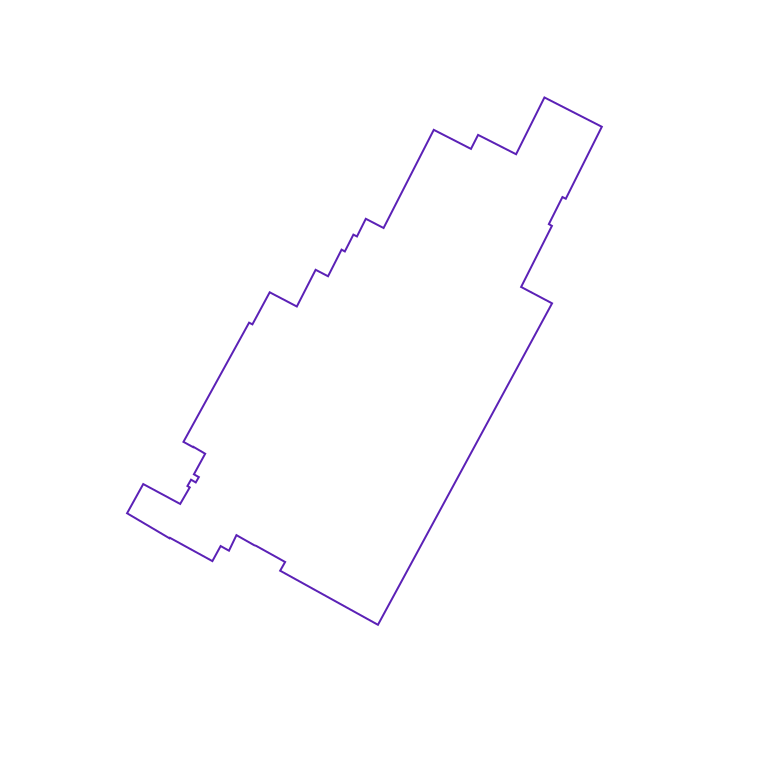 Hipólito Yrigoyen, Buenos Aires, Argentina, rotated 343°
{"feature_id": "61730980B95014527534109", "entity_name": "Hipólito Yrigoyen", "entity_type": "district", "adm_level": 2, "iso_a3": "ARG", "parent_name": "Argentina", "parent_adm1": "Buenos Aires", "projection": "mercator", "projection_center": [-61.733, -36.272], "detail": "fine", "context": "isolated", "style": "outline", "palette": "violet", "viewbox_px": 768, "rotation_deg": 343, "n_neighbors": 0, "source": "geoboundaries", "source_scale": "gbopen_adm2", "svg_char_len": 766}
<svg xmlns="http://www.w3.org/2000/svg" viewBox="0 0 768 768"><g transform="rotate(343 384 384)"><path d="M546.8,173.3L535.9,184.6L505.9,155.5L429.2,234.7L414.9,220.7L401.3,235.0L398.4,232.2L385.3,245.8L382.7,243.1L362.0,264.6L352.0,254.8L323.3,284.4L301.5,262.9L275.6,288.5L272.9,285.9L175.3,380.7L183.0,388.6L183.3,388.3L192.6,398.4L175.8,414.8L179.7,418.9L175.2,423.1L171.5,419.1L166.2,424.1L168.0,426.1L154.0,439.1L124.5,409.3L100.5,432.5L133.8,468.9L134.3,468.5L168.1,503.2L180.4,491.2L187.0,498.1L198.7,485.4L212.7,500.2L214.4,501.4L237.4,525.3L230.1,532.2L307.8,612.5L336.3,584.5L568.3,356.0L543.5,331.3L590.8,281.9L588.4,279.3L609.3,257.4L612.0,260.0L667.5,201.7L621.2,156.9L577.5,202.9L546.8,173.3Z" fill="none" stroke="#5b21b6" stroke-width="2"/></g></svg>